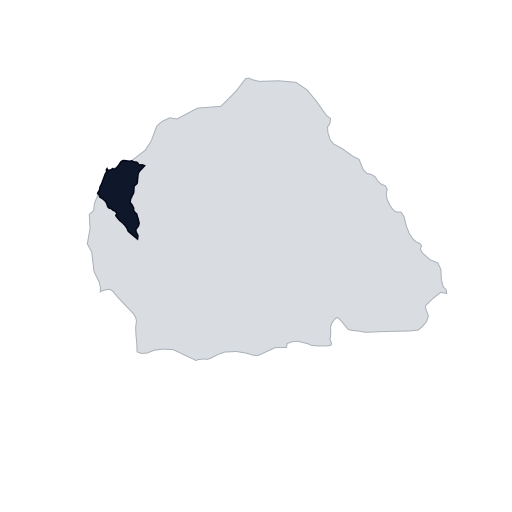 Uruguay, with Maldonado highlighted, rotated 136°
{"feature_id": "URY-20", "entity_name": "Maldonado", "entity_type": "Department", "adm_level": 1, "iso_a3": "URY", "parent_name": "Uruguay", "parent_adm1": "", "projection": "orthographic", "projection_center": [-54.808, -34.45], "detail": "fine", "context": "in_parent", "style": "filled", "palette": "ink", "viewbox_px": 512, "rotation_deg": 136, "n_neighbors": 0, "source": "natural_earth", "source_scale": "10m", "svg_char_len": 3910}
<svg xmlns="http://www.w3.org/2000/svg" viewBox="0 0 512 512"><g transform="rotate(136 256 256)"><path d="M393.0,338.4L390.1,340.9L387.1,345.7L383.4,357.2L371.4,373.0L368.9,381.9L356.1,391.2L347.1,401.7L341.2,401.4L335.9,405.9L305.7,419.6L294.8,417.0L286.8,417.1L279.3,411.0L262.2,409.0L251.5,411.5L237.3,418.3L233.0,418.3L229.8,418.0L222.0,415.3L217.7,409.5L195.5,403.1L177.3,388.1L156.3,388.4L140.2,390.8L137.6,388.9L135.9,385.0L132.4,379.4L118.0,366.3L106.6,353.2L103.9,340.0L105.0,325.5L107.7,308.3L106.9,303.0L110.9,299.9L115.0,299.1L118.7,294.6L122.0,287.8L122.4,282.7L119.4,273.4L117.1,260.4L114.7,254.0L118.9,243.6L118.9,238.6L116.2,234.3L115.3,229.8L116.4,225.1L116.0,220.7L114.2,216.5L115.3,212.9L119.4,210.0L122.4,205.6L124.3,199.7L125.2,195.3L125.2,192.3L123.8,189.4L121.2,186.8L122.2,181.4L127.0,173.2L130.0,166.0L131.3,159.7L131.0,154.7L129.3,150.9L129.9,148.3L132.9,146.9L134.2,142.8L133.5,132.8L130.1,124.6L132.3,118.0L139.1,110.2L142.6,104.0L142.8,99.3L144.9,96.6L148.4,101.5L158.4,102.6L168.4,102.5L170.0,101.2L173.8,92.9L179.0,90.4L184.6,89.7L190.8,90.0L197.5,95.3L216.4,112.8L230.2,125.0L234.4,130.8L238.1,135.1L240.8,139.1L239.8,149.7L240.0,154.4L240.7,155.7L243.8,155.8L248.3,155.0L252.2,152.7L255.2,149.2L258.1,146.4L260.5,144.9L261.4,142.7L262.7,140.3L264.1,139.8L266.8,141.5L273.2,147.5L278.2,153.1L279.4,156.3L281.3,159.6L283.3,162.5L284.8,165.4L289.5,169.1L294.4,171.4L297.6,169.0L305.8,176.7L323.9,183.1L327.2,187.0L330.3,192.6L336.5,201.0L345.2,208.6L352.2,211.8L358.9,213.6L362.6,215.3L365.2,218.3L369.2,221.4L371.8,222.6L372.7,225.4L375.2,231.5L377.9,239.2L380.8,246.4L387.3,253.4L394.5,258.8L402.1,262.0L406.3,265.8L408.1,269.7L402.9,275.4L397.2,282.6L392.2,288.2L387.2,292.2L385.5,294.9L384.3,299.1L384.1,321.7L383.5,330.1L383.9,332.4L384.6,333.9L387.7,336.2L391.4,338.1L393.0,338.4Z" fill="#d9dde1" stroke="#a8b0b8" stroke-width="1"/><path d="M326.6,410.9L326.0,411.3L322.5,412.3L320.6,413.8L319.5,414.3L317.1,415.1L307.3,419.8L306.2,420.0L305.0,420.4L303.6,422.1L302.5,422.3L302.8,421.6L302.9,421.2L302.9,420.9L302.3,420.0L301.5,419.3L300.5,418.7L298.3,418.5L298.2,418.2L298.2,417.8L297.9,417.2L297.3,416.7L296.8,416.5L295.5,416.2L292.9,416.4L287.7,417.6L285.5,417.2L284.0,415.7L281.1,411.8L279.1,410.7L279.1,410.2L278.9,409.7L278.5,408.7L277.3,407.1L276.9,406.7L276.7,406.4L276.5,406.0L276.5,405.4L276.5,405.0L276.8,403.3L276.7,402.8L276.4,402.3L275.7,401.7L274.9,401.0L274.3,400.3L273.4,398.3L281.0,397.9L282.5,397.5L283.8,396.8L284.2,396.6L290.6,391.1L291.3,390.9L291.7,390.8L292.5,390.8L294.3,390.9L295.1,390.8L295.4,390.7L296.1,390.1L299.2,387.2L300.3,386.4L301.0,386.0L302.2,385.8L302.9,385.6L304.7,384.7L305.7,384.5L306.2,384.3L306.7,384.0L307.6,383.3L308.6,382.7L308.9,382.5L309.2,382.1L309.4,381.5L309.5,380.0L309.6,379.2L310.6,375.8L310.8,375.3L311.1,375.0L311.6,374.6L312.0,374.3L312.3,373.8L312.5,373.2L312.7,371.8L312.8,371.4L312.8,371.0L312.8,370.6L312.8,370.3L312.7,370.1L312.6,369.6L312.6,369.4L312.7,368.9L314.0,366.7L314.8,364.9L316.4,362.3L316.7,361.8L316.8,361.4L317.2,361.0L317.7,360.5L318.9,359.7L319.6,359.4L320.2,359.2L322.9,358.8L324.3,358.3L324.7,357.9L325.1,357.2L325.9,355.6L326.3,354.1L326.4,353.6L326.5,353.2L327.1,352.3L329.5,350.5L330.7,362.1L330.7,362.4L330.5,363.2L330.4,363.6L329.7,364.9L329.6,365.2L329.5,365.6L328.9,369.4L329.0,373.6L329.2,374.8L329.4,376.3L329.1,380.5L328.8,382.4L328.7,382.6L328.3,382.8L328.0,382.7L327.7,382.6L327.3,382.6L326.9,382.8L326.5,383.7L326.3,384.5L326.2,385.8L326.3,386.5L326.4,387.0L326.8,387.5L327.0,388.0L327.1,388.6L327.2,390.4L327.3,390.9L327.5,391.2L328.0,391.8L328.2,392.2L328.5,393.1L328.5,393.6L328.4,394.1L328.3,394.5L328.1,395.2L327.2,396.7L327.0,397.2L326.5,399.0L326.3,400.5L326.5,403.3L326.6,404.0L327.3,406.6L327.4,407.0L327.3,407.3L327.2,407.6L326.7,408.2L326.5,408.6L326.3,409.2L326.3,409.8L326.3,410.1L326.6,410.9L326.6,410.9Z" fill="#0f172a" stroke="#020617" stroke-width="1.5"/></g></svg>